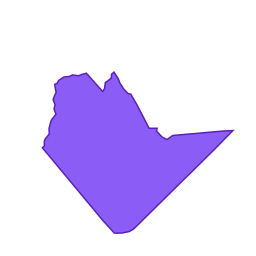 Japi, Rio Grande do Norte, Brazil, rotated 320°
{"feature_id": "56859067B28564243128765", "entity_name": "Japi", "entity_type": "district", "adm_level": 2, "iso_a3": "BRA", "parent_name": "Brazil", "parent_adm1": "Rio Grande do Norte", "projection": "equal_earth", "projection_center": [-35.887, -6.423], "detail": "fine", "context": "isolated", "style": "filled", "palette": "violet", "viewbox_px": 256, "rotation_deg": 320, "n_neighbors": 0, "source": "geoboundaries", "source_scale": "gbopen_adm2", "svg_char_len": 798}
<svg xmlns="http://www.w3.org/2000/svg" viewBox="0 0 256 256"><g transform="rotate(320 128 128)"><path d="M131.3,59.3L126.6,57.1L123.7,56.2L119.6,51.7L116.2,50.8L111.6,47.7L105.4,47.0L102.7,48.2L99.9,47.5L97.8,50.8L95.9,54.5L92.4,56.1L88.8,58.2L87.1,63.4L83.8,65.6L81.6,71.2L75.7,72.3L73.2,73.3L67.1,77.7L63.8,82.0L57.7,83.1L55.2,84.5L52.3,88.1L49.7,88.1L49.5,132.6L49.3,183.6L50.0,199.8L55.9,204.6L62.5,208.2L67.4,209.0L130.8,203.9L139.2,203.2L145.2,202.8L175.7,200.3L178.8,200.1L206.7,197.4L199.4,191.8L157.5,162.5L150.4,161.9L148.3,156.9L147.9,148.8L150.1,146.9L144.0,141.8L149.6,116.8L151.9,103.9L150.1,101.5L149.8,95.0L150.7,88.4L152.2,84.0L153.2,76.2L149.9,76.2L147.5,78.9L143.1,79.0L139.9,78.6L135.1,82.9L132.1,83.8L131.3,59.3Z" fill="#8b5cf6" stroke="#5b21b6" stroke-width="1.5"/></g></svg>